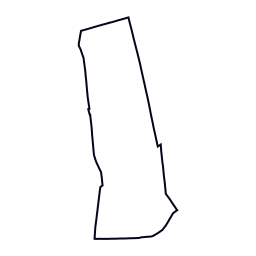 outline of Comuna 5, Ciudad de Buenos Aires, Argentina, rotated 177°
{"feature_id": "61730980B98128397219365", "entity_name": "Comuna 5", "entity_type": "district", "adm_level": 2, "iso_a3": "ARG", "parent_name": "Argentina", "parent_adm1": "Ciudad de Buenos Aires", "projection": "equal_earth", "projection_center": [-58.421, -34.619], "detail": "fine", "context": "isolated", "style": "outline", "palette": "ink", "viewbox_px": 256, "rotation_deg": 177, "n_neighbors": 0, "source": "geoboundaries", "source_scale": "gbopen_adm2", "svg_char_len": 2365}
<svg xmlns="http://www.w3.org/2000/svg" viewBox="0 0 256 256"><g transform="rotate(177 128 128)"><path d="M109.0,169.8L110.0,175.6L110.2,176.7L110.6,179.1L110.7,179.9L111.0,181.4L111.1,182.3L111.9,186.8L112.1,187.8L112.2,189.0L112.5,190.9L112.8,192.1L112.9,193.1L113.2,194.5L113.8,197.7L114.1,199.2L115.0,203.9L115.2,204.7L116.4,210.8L117.2,214.8L117.8,217.8L118.3,220.7L118.6,222.0L118.7,222.7L119.6,227.4L120.8,233.1L121.8,238.4L126.5,237.3L131.9,236.1L136.5,235.0L137.3,234.8L138.3,234.6L138.7,234.5L140.9,234.1L141.3,234.0L141.5,234.0L141.5,233.9L146.2,232.9L146.9,232.8L150.6,231.9L150.8,231.9L151.5,231.7L151.8,231.7L156.8,230.5L162.2,229.2L166.6,228.2L167.3,228.1L168.3,227.8L169.8,227.5L170.8,223.3L171.1,222.0L171.9,218.3L172.7,215.1L172.8,212.6L172.5,211.9L171.2,208.9L170.8,207.4L168.9,200.8L168.7,200.3L168.3,194.2L168.2,193.4L167.8,188.5L167.7,187.3L167.5,181.3L167.3,178.3L167.1,172.9L167.0,169.9L167.0,169.0L166.9,167.2L166.6,160.1L166.5,159.3L166.4,158.3L166.0,154.2L165.5,149.2L166.7,148.9L165.5,143.1L165.1,143.2L164.7,136.8L164.4,131.3L164.3,130.3L164.2,124.5L164.2,123.4L163.9,115.9L163.7,109.7L163.4,102.8L162.5,99.2L161.7,96.3L161.2,95.0L160.7,93.7L159.0,89.5L157.2,85.3L156.7,78.2L156.6,75.4L156.4,72.0L158.6,70.6L159.3,67.6L159.4,67.1L160.4,61.2L161.3,56.1L162.0,52.0L162.1,51.8L162.2,51.0L163.0,46.3L163.7,42.5L164.5,37.8L165.7,31.3L165.8,30.7L165.9,30.0L166.4,25.8L167.2,19.1L166.9,19.0L166.7,19.0L163.0,18.8L162.0,18.8L156.6,18.5L152.5,18.3L152.4,18.3L151.2,18.3L150.6,18.3L146.2,18.1L145.7,18.1L145.4,18.1L140.0,18.0L139.6,17.9L139.0,17.9L134.9,17.8L133.8,17.8L133.0,17.8L128.5,17.7L124.7,17.6L124.4,17.6L122.3,17.7L120.8,18.1L116.1,18.3L110.8,18.4L110.3,18.5L109.8,18.6L108.9,18.8L105.0,20.8L104.7,20.9L104.2,21.2L102.0,22.5L99.6,24.0L99.3,24.2L98.5,24.9L97.7,25.9L95.7,28.3L95.2,28.8L92.2,33.3L91.8,34.0L88.9,38.3L87.7,40.2L87.5,40.5L84.0,42.9L83.2,43.3L87.2,49.9L90.3,55.2L93.7,60.3L93.9,66.1L94.1,69.8L94.1,70.6L94.3,73.7L94.4,74.8L94.7,78.7L94.8,82.3L95.0,86.2L95.0,87.3L95.3,90.6L95.4,91.3L95.8,98.7L96.0,102.3L96.2,109.8L99.2,108.0L99.4,108.8L101.0,118.8L101.8,123.6L102.0,124.6L102.9,130.4L103.0,131.3L103.0,131.5L103.9,137.0L104.4,140.4L104.8,143.0L104.9,144.2L106.1,152.2L106.2,153.0L107.1,158.7L107.4,160.1L107.9,163.2L108.0,163.9L108.2,164.9L108.8,168.4L109.0,169.8Z" fill="none" stroke="#020617" stroke-width="2"/></g></svg>